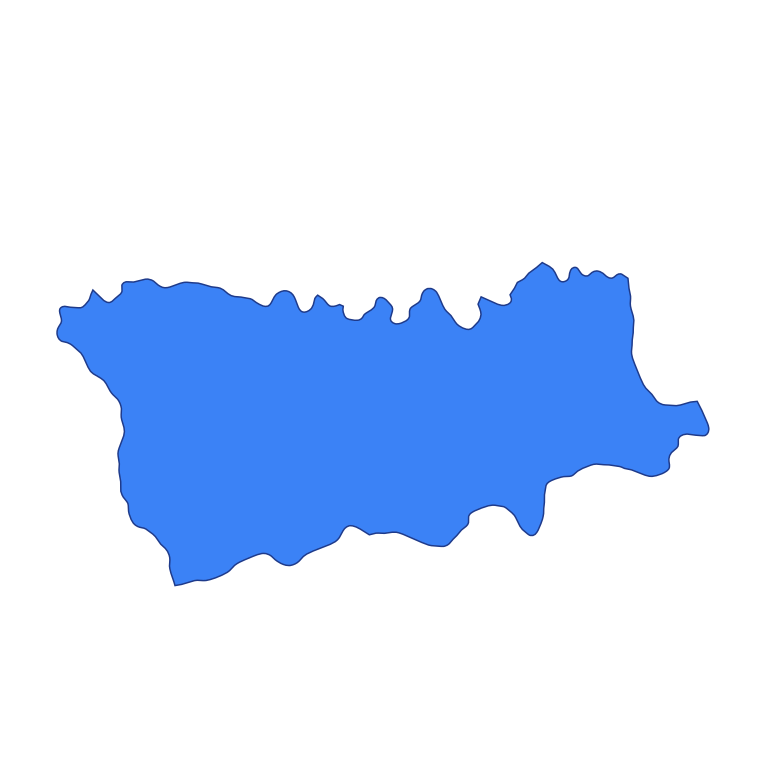 outline of Mao, Valverde, Dominican Republic, rotated 338°
{"feature_id": "3306468B69236034460520", "entity_name": "Mao", "entity_type": "district", "adm_level": 2, "iso_a3": "DOM", "parent_name": "Dominican Republic", "parent_adm1": "Valverde", "projection": "orthographic", "projection_center": [-71.031, 19.524], "detail": "fine", "context": "isolated", "style": "filled", "palette": "blue", "viewbox_px": 768, "rotation_deg": 338, "n_neighbors": 0, "source": "geoboundaries", "source_scale": "gbopen_adm2", "svg_char_len": 6159}
<svg xmlns="http://www.w3.org/2000/svg" viewBox="0 0 768 768"><g transform="rotate(338 384 384)"><path d="M99.8,384.9L99.6,388.8L99.9,391.3L101.5,396.7L101.8,398.7L101.4,400.8L99.5,406.3L99.0,409.1L98.8,415.0L99.5,419.3L100.6,421.7L102.1,423.7L103.8,425.3L107.5,427.8L109.0,429.4L113.4,436.5L114.9,439.9L117.0,448.9L119.6,454.4L120.6,458.1L120.7,462.1L120.3,464.7L119.5,467.1L116.9,472.5L116.2,475.3L115.6,479.6L115.1,488.7L114.7,492.6L121.3,494.0L134.6,495.3L137.3,496.0L142.8,498.6L145.3,499.5L149.5,500.2L155.2,500.6L162.5,500.5L168.2,499.9L170.9,499.2L177.5,496.2L180.3,495.5L183.2,495.1L189.2,494.8L198.3,494.7L202.8,494.8L207.2,495.4L208.5,495.8L211.0,497.0L213.7,499.4L215.1,501.4L217.2,506.0L218.6,508.3L221.1,511.6L223.1,513.6L225.2,515.3L227.7,516.6L228.9,517.1L231.6,517.5L234.2,517.5L236.8,517.1L239.2,516.3L244.6,513.7L248.7,512.7L256.1,512.3L274.1,512.5L279.9,511.9L282.6,511.0L285.0,509.7L291.1,504.7L293.3,503.3L295.8,502.5L298.4,502.4L299.6,502.7L301.8,503.8L304.7,506.2L307.7,509.7L313.9,518.3L320.7,519.3L322.9,520.1L328.4,522.6L336.0,524.5L339.8,526.0L342.1,527.6L345.3,530.4L359.7,545.1L365.0,550.0L367.4,551.6L376.2,556.0L378.4,556.9L379.7,557.1L382.3,557.1L384.7,556.5L389.9,553.8L394.7,551.8L401.1,548.4L406.9,546.7L408.9,545.7L410.4,544.2L412.8,538.6L413.5,537.8L415.5,536.5L418.0,535.9L420.6,535.6L427.8,535.5L435.1,536.0L439.3,537.0L441.5,538.0L448.6,542.3L449.5,543.0L450.9,544.9L454.3,551.2L455.7,554.7L456.1,557.4L456.8,566.9L457.8,570.7L461.0,576.8L462.2,578.6L463.1,579.3L465.4,580.2L467.8,580.0L470.1,578.8L472.2,577.2L477.3,572.1L480.2,568.8L481.9,566.4L483.4,564.0L485.5,559.2L488.4,553.8L491.3,546.8L496.2,538.8L498.1,537.3L500.6,536.5L503.3,536.2L507.5,536.2L513.3,536.7L516.0,537.2L521.4,539.1L523.5,539.5L525.5,539.2L530.9,537.3L536.6,536.6L545.3,536.7L548.2,537.0L551.0,537.8L557.6,541.2L562.3,543.3L571.5,548.7L573.1,550.0L575.3,552.3L581.3,556.3L591.9,566.3L595.4,568.9L598.0,570.1L602.3,571.0L608.1,571.3L610.8,571.1L613.5,570.6L615.8,569.7L616.8,568.9L617.5,568.0L618.4,565.9L619.2,562.6L620.0,560.3L622.0,557.4L624.8,555.3L631.4,553.0L633.2,551.9L634.3,550.2L636.2,545.5L636.9,544.7L638.9,543.5L640.0,543.3L642.5,543.1L646.2,543.9L653.6,548.1L659.8,551.2L661.8,551.9L662.9,552.0L665.1,551.3L666.8,549.9L668.1,547.9L668.6,546.6L669.1,543.9L669.2,541.1L668.8,527.7L667.9,517.4L661.5,515.6L650.8,514.5L646.9,513.6L636.9,508.8L634.7,507.5L632.1,504.9L630.8,502.8L630.3,501.6L628.5,494.0L625.2,486.1L624.3,481.8L623.9,474.4L623.9,459.2L624.1,453.2L624.8,448.9L625.7,446.4L628.5,441.0L630.6,436.3L634.2,429.9L636.3,425.1L639.5,418.6L640.5,414.3L641.2,407.0L641.7,404.1L642.5,401.6L644.6,397.2L645.5,394.9L647.0,387.0L649.8,377.4L645.6,371.3L644.8,370.6L642.8,369.9L640.8,370.0L637.3,371.1L635.5,371.3L634.5,371.1L632.7,370.1L631.9,369.3L630.6,367.6L628.5,363.4L626.3,360.7L624.4,359.3L623.4,358.8L621.0,358.3L618.7,358.5L614.1,360.0L613.1,360.0L611.2,359.3L609.6,357.9L608.4,356.1L607.8,353.9L606.9,349.8L606.5,348.9L605.8,348.0L604.8,347.4L603.7,347.1L601.5,347.3L599.7,348.4L597.6,350.8L595.5,354.4L593.9,355.8L592.9,356.3L590.7,356.7L588.4,356.4L587.4,355.9L586.4,355.2L585.7,354.2L585.2,353.2L584.7,350.9L584.3,344.6L583.5,340.7L581.4,337.0L576.2,330.7L569.1,333.1L559.7,335.5L554.0,338.6L551.4,339.2L545.7,339.8L540.9,344.0L534.3,348.5L534.1,352.7L533.0,354.8L532.1,355.5L531.0,356.1L528.7,356.6L524.9,356.2L522.5,355.1L519.3,352.7L506.7,339.6L501.1,345.2L501.0,350.6L500.7,353.3L500.0,355.9L497.9,359.0L495.1,361.4L487.7,364.8L485.6,365.4L483.1,365.2L480.9,364.1L477.9,361.5L475.4,358.3L474.1,355.9L473.3,353.3L471.7,345.6L469.2,340.0L468.4,337.5L467.9,333.2L467.7,322.9L467.2,318.7L466.7,317.3L465.5,315.2L463.8,313.4L462.7,312.8L460.3,311.9L459.0,311.9L456.5,312.4L455.5,312.9L453.6,314.3L452.1,315.9L449.7,319.5L448.0,320.8L445.9,321.6L439.0,322.9L436.9,323.7L436.1,324.4L434.9,326.1L433.0,330.8L432.3,331.7L430.4,333.0L428.0,333.7L422.9,334.0L420.4,333.7L417.9,332.9L416.9,332.3L415.2,330.6L414.2,328.6L414.1,327.4L414.3,326.2L414.7,325.2L419.0,319.7L420.1,317.7L420.4,315.4L419.9,313.2L417.5,306.8L416.3,304.8L414.7,303.2L412.7,302.2L411.6,302.1L409.5,302.7L407.9,303.9L405.0,308.0L403.4,309.3L400.1,310.5L394.2,311.5L392.0,312.1L391.1,312.6L389.0,314.3L387.1,315.1L384.9,315.3L383.7,315.1L380.6,313.9L375.9,311.0L374.2,309.4L373.5,308.3L372.9,305.9L373.1,302.2L373.7,299.7L375.4,296.6L372.6,293.7L368.9,293.6L366.5,293.2L364.3,292.3L363.4,291.7L362.6,290.8L361.6,288.8L360.2,284.2L359.2,281.8L355.8,276.8L353.8,277.6L352.0,278.7L348.1,284.1L345.5,286.4L344.4,287.0L342.0,287.8L339.5,288.0L337.1,287.6L336.0,287.0L335.0,286.2L334.3,285.2L333.5,282.9L333.3,280.5L333.5,272.6L333.4,269.9L333.0,267.3L332.0,264.8L330.5,262.8L328.6,261.2L326.2,260.1L323.5,259.7L320.9,259.8L318.3,260.3L317.1,260.8L314.8,262.2L309.9,266.4L307.9,267.7L305.6,268.3L303.2,267.7L301.1,266.4L298.4,263.6L296.0,260.5L293.5,256.4L291.9,254.8L283.9,249.8L278.3,247.0L275.4,244.8L273.2,241.9L270.3,236.5L267.9,233.7L265.9,232.3L260.3,229.2L252.7,223.2L249.4,220.8L244.7,218.6L239.3,215.8L236.8,214.9L232.8,214.3L222.0,213.9L219.4,213.5L216.9,212.7L214.8,211.4L213.1,209.6L211.7,207.7L208.9,202.3L207.4,200.5L204.4,198.3L201.9,197.4L190.1,195.7L183.9,192.9L182.9,192.6L180.7,192.6L178.7,193.5L178.0,194.2L175.9,199.7L175.3,200.5L173.5,201.8L166.8,204.0L162.9,205.5L160.7,205.7L159.6,205.5L157.7,204.4L155.5,201.7L149.3,187.8L145.9,191.1L143.1,194.5L141.5,196.0L136.6,198.6L133.6,199.7L131.4,199.7L129.3,198.9L121.9,195.3L117.1,192.4L114.9,191.9L113.8,192.0L112.7,192.3L111.7,192.9L111.0,193.8L110.5,194.8L110.0,196.9L109.3,202.6L108.6,204.8L107.3,206.5L103.8,209.1L102.1,210.6L100.7,212.5L99.7,214.8L99.4,216.0L99.2,218.5L99.6,220.9L100.7,223.0L101.4,223.8L105.9,227.0L108.3,229.6L109.6,231.7L114.6,241.8L115.4,246.0L115.9,257.7L116.6,262.0L117.1,263.3L118.4,265.8L123.4,272.3L125.5,275.8L126.5,279.6L127.4,287.7L128.0,290.3L128.8,292.6L131.3,298.2L131.8,300.7L132.0,303.4L131.8,306.0L131.3,308.6L128.8,314.0L127.9,316.4L127.4,319.0L126.6,327.0L125.5,330.9L123.3,334.5L114.5,344.1L112.7,346.3L111.3,348.8L110.5,351.3L108.7,358.9L106.1,364.4L105.3,366.8L103.3,375.9L99.8,384.9Z" fill="#3b82f6" stroke="#1e3a8a" stroke-width="1.5"/></g></svg>